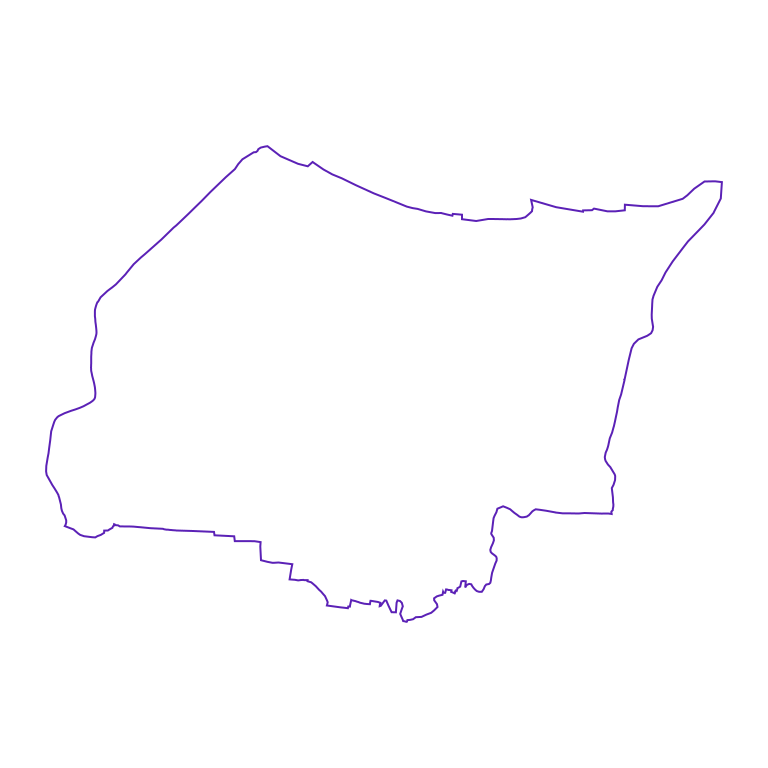 the district of Kota Tegal, Jawa Tengah, Indonesia
{"feature_id": "22746128B85080883644541", "entity_name": "Kota Tegal", "entity_type": "district", "adm_level": 2, "iso_a3": "IDN", "parent_name": "Indonesia", "parent_adm1": "Jawa Tengah", "projection": "mercator", "projection_center": [109.116, -6.87], "detail": "fine", "context": "isolated", "style": "outline", "palette": "violet", "viewbox_px": 768, "rotation_deg": 0, "n_neighbors": 0, "source": "geoboundaries", "source_scale": "gbopen_adm2", "svg_char_len": 5977}
<svg xmlns="http://www.w3.org/2000/svg" viewBox="0 0 768 768"><path d="M64.8,526.1L70.0,528.1L73.5,529.4L76.0,531.6L78.2,533.5L80.2,534.9L82.6,535.7L84.0,536.2L92.1,537.2L95.3,537.4L97.5,536.1L100.8,534.9L102.9,533.6L104.1,532.9L104.2,530.6L107.9,530.5L109.4,529.5L112.4,527.8L113.0,526.3L113.8,525.8L114.1,524.2L114.8,524.5L114.8,525.1L116.4,525.2L118.2,525.4L119.8,526.4L130.3,526.5L133.3,526.6L138.8,527.1L139.1,527.1L150.6,528.2L162.9,528.8L163.9,529.2L164.9,529.4L166.8,529.7L168.2,529.7L169.6,529.9L170.8,530.0L171.0,530.0L173.0,530.2L175.8,530.4L176.4,530.5L193.0,531.0L214.0,531.9L214.5,535.3L234.2,536.3L234.8,541.1L245.6,541.1L254.5,541.2L260.6,542.1L260.3,546.5L260.4,548.6L261.0,560.2L267.3,561.8L272.4,562.8L273.9,562.8L278.5,562.5L292.3,564.2L291.2,569.6L289.6,579.4L294.9,579.8L298.1,580.4L299.0,580.3L300.5,580.1L300.8,580.0L301.4,580.0L301.6,580.0L303.6,579.9L304.0,580.1L307.6,580.1L307.5,581.2L311.2,582.3L312.9,583.7L315.8,586.2L319.1,589.8L321.1,591.6L323.3,594.2L325.0,596.1L326.8,600.0L327.7,602.2L327.1,604.8L326.9,605.5L340.9,607.4L343.8,607.7L347.9,608.2L348.3,606.5L349.9,606.6L350.1,605.1L350.9,601.5L351.2,600.0L351.5,600.2L355.4,601.1L357.1,601.7L358.3,602.0L360.0,602.7L363.4,603.5L364.1,603.7L366.9,604.0L369.9,604.2L370.1,602.9L370.5,600.8L370.9,600.8L375.7,601.6L378.1,602.0L379.1,602.4L380.4,602.8L379.8,605.3L379.7,606.2L380.8,605.8L384.8,600.4L386.3,600.6L388.4,605.5L391.6,612.2L395.9,612.3L396.6,602.7L397.5,600.4L400.0,601.0L401.8,602.8L402.8,606.3L401.6,609.6L400.2,613.9L401.7,617.4L402.7,619.6L403.2,621.1L404.3,621.2L405.5,621.6L406.5,621.8L407.0,621.6L407.4,620.1L410.0,619.9L413.1,619.2L415.8,617.2L421.5,616.9L426.4,614.6L431.2,612.8L434.1,610.4L437.5,607.0L437.0,604.2L434.2,600.3L434.1,598.3L436.8,596.4L439.2,595.6L442.5,594.8L443.1,591.7L443.6,592.8L445.2,592.8L446.1,589.4L447.5,589.6L448.5,590.0L449.4,590.0L451.5,590.3L451.2,591.9L452.6,592.4L454.7,593.4L455.2,592.4L455.0,591.8L455.3,591.2L455.8,590.5L456.7,590.9L457.1,589.8L457.3,589.0L457.4,588.2L459.1,587.3L460.2,586.6L461.4,581.4L462.9,581.0L465.8,581.3L465.2,587.5L466.8,584.9L469.2,583.9L471.3,584.3L472.1,585.9L473.4,587.7L475.0,589.5L476.7,591.0L478.7,591.7L479.2,591.8L481.8,591.8L483.6,589.2L484.9,586.1L486.3,584.5L489.0,584.0L490.3,582.8L490.9,580.3L491.2,577.9L492.1,572.8L493.5,568.7L495.3,563.5L496.6,560.6L496.7,558.3L496.2,556.7L494.9,555.5L491.8,553.2L490.7,551.9L490.3,549.9L491.1,547.2L492.9,543.3L493.9,540.3L493.7,537.7L491.4,534.2L491.2,533.2L492.0,531.0L493.2,521.0L493.6,518.1L494.6,515.7L496.4,512.2L497.4,508.7L500.8,507.3L503.1,506.3L506.9,507.8L510.2,509.3L511.9,510.8L514.4,512.9L517.1,514.8L519.4,516.6L520.8,517.1L521.8,517.3L522.1,517.3L523.8,517.2L526.8,516.6L528.1,515.7L528.8,515.3L530.9,513.0L532.3,511.4L533.7,510.4L535.7,509.3L539.8,509.8L545.9,510.7L546.5,510.8L555.3,512.4L555.4,512.5L562.4,513.3L566.2,513.3L573.2,513.4L578.6,513.5L584.5,513.0L593.2,513.3L602.0,513.6L603.8,513.5L606.1,513.5L608.2,513.5L610.4,513.8L610.6,513.8L610.8,513.8L611.7,514.0L611.7,513.7L611.4,512.7L611.4,511.6L612.8,510.1L612.8,509.1L612.9,508.5L613.3,506.7L613.4,504.5L613.1,502.3L612.9,497.2L612.4,493.1L611.8,488.1L613.6,484.7L613.9,483.7L615.0,480.3L615.1,479.2L615.2,476.0L614.7,474.4L610.6,467.6L610.4,467.2L607.9,464.5L605.6,460.9L605.1,459.3L604.8,457.1L605.7,452.6L607.0,449.7L607.9,446.9L608.3,445.4L609.6,439.2L609.8,438.3L612.1,432.6L613.6,427.1L613.8,426.6L614.9,421.8L616.0,416.5L617.0,411.9L617.8,407.0L617.9,406.6L619.2,400.0L621.1,394.5L621.2,394.1L624.5,380.2L624.4,379.9L624.5,379.9L628.8,359.7L631.6,348.3L633.9,343.8L638.4,339.4L647.2,335.8L649.2,334.5L651.1,333.2L652.6,330.2L653.1,326.8L652.8,325.1L651.8,318.7L651.7,314.7L652.1,306.6L652.2,304.0L652.5,299.4L653.2,297.1L653.5,295.9L657.3,286.8L661.6,280.3L665.5,272.5L672.7,261.4L683.2,247.6L688.0,241.4L701.6,227.4L704.4,224.5L712.6,214.1L713.5,213.0L714.3,211.3L720.8,198.5L721.9,182.1L715.0,181.3L704.5,181.5L694.2,188.7L687.3,195.3L682.7,198.8L658.1,206.3L643.0,206.2L624.9,204.7L624.8,210.3L615.6,211.3L607.3,211.3L594.0,208.6L592.0,210.2L583.1,210.4L583.0,211.7L556.2,207.2L531.1,199.9L532.7,207.3L532.2,209.3L532.0,211.2L530.7,212.5L528.8,214.2L527.3,215.5L525.3,217.2L520.8,218.5L516.5,219.0L509.5,219.3L507.5,219.2L506.5,219.3L505.0,219.2L492.3,219.0L488.1,219.0L476.2,221.0L462.0,219.2L462.0,214.7L452.8,213.9L452.4,215.7L447.0,214.5L441.8,213.2L441.3,213.0L435.4,213.1L426.0,211.4L417.6,208.9L412.6,208.1L406.8,206.6L393.3,201.1L385.6,198.0L373.9,193.4L355.9,185.2L341.8,178.3L332.3,174.4L323.5,169.5L312.6,162.0L307.8,166.3L298.0,163.8L280.5,156.2L267.5,146.2L264.9,146.6L260.7,147.6L258.3,149.2L257.5,150.9L256.0,152.1L253.7,152.3L242.9,159.0L242.5,159.2L239.3,162.9L238.3,164.0L234.9,169.1L225.8,177.2L210.6,191.8L201.7,200.9L194.4,208.0L188.6,213.7L179.7,222.2L176.2,225.5L173.6,227.6L161.3,239.6L144.7,254.3L140.9,257.5L133.7,264.2L126.8,272.6L125.5,274.3L115.9,284.4L112.7,287.0L107.5,290.9L100.6,297.3L98.0,301.8L97.4,302.2L96.8,303.6L96.1,305.6L95.5,307.7L95.0,309.7L94.9,311.4L94.9,314.0L94.9,316.2L95.2,318.5L95.3,319.9L95.4,321.8L95.8,324.6L96.2,328.2L96.4,330.3L96.5,332.3L96.4,333.9L96.0,335.7L95.0,339.2L93.6,342.6L92.7,345.4L91.9,347.8L91.6,350.0L91.4,351.9L91.4,353.5L91.2,356.6L91.2,363.6L91.1,365.1L91.1,366.4L91.0,367.5L91.1,368.3L91.1,369.4L91.2,370.9L91.8,373.7L92.2,375.8L92.7,377.7L93.2,379.6L93.6,381.1L94.1,383.2L94.5,385.2L94.8,386.8L94.9,387.3L95.2,390.3L95.4,393.1L95.3,394.8L95.1,397.1L94.6,398.7L93.3,400.3L91.8,401.5L89.9,402.8L86.9,404.4L83.6,406.2L79.9,407.8L75.5,409.4L71.1,410.8L67.3,412.2L64.6,413.2L60.9,415.0L58.5,416.2L57.0,417.5L56.1,418.7L55.3,419.6L54.3,421.7L53.7,423.5L53.2,425.0L51.2,431.3L50.2,440.4L49.1,448.5L48.5,453.4L47.7,457.5L46.3,465.9L46.1,471.4L46.6,474.4L46.7,475.0L52.3,485.0L54.4,488.2L57.1,492.6L58.4,495.0L58.6,496.0L59.1,497.3L60.9,504.4L61.3,508.2L61.9,510.7L62.0,511.0L63.1,513.5L63.7,514.3L64.6,515.4L66.2,520.3L66.2,522.5L65.6,524.7L64.8,526.1Z" fill="none" stroke="#5b21b6" stroke-width="2"/></svg>